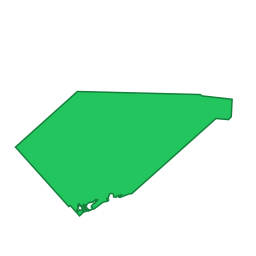 outline of 94, Al Wakrah, Qatar, rotated 48°
{"feature_id": "91078587B61395128667616", "entity_name": "94", "entity_type": "district", "adm_level": 2, "iso_a3": "QAT", "parent_name": "Qatar", "parent_adm1": "Al Wakrah", "projection": "albers", "projection_center": [51.484, 24.925], "detail": "fine", "context": "isolated", "style": "filled", "palette": "green", "viewbox_px": 256, "rotation_deg": 48, "n_neighbors": 0, "source": "geoboundaries", "source_scale": "gbopen_adm2", "svg_char_len": 3411}
<svg xmlns="http://www.w3.org/2000/svg" viewBox="0 0 256 256"><g transform="rotate(48 128 128)"><path d="M176.3,31.4L153.8,51.4L151.8,51.8L151.5,51.9L98.9,107.5L67.0,141.2L66.9,224.4L146.8,224.6L146.8,222.8L160.9,222.8L160.7,216.7L161.0,216.6L161.2,216.4L161.2,215.8L160.9,216.4L160.7,216.4L160.5,216.6L160.4,217.2L160.3,217.6L160.4,218.2L160.1,218.0L160.0,217.7L159.6,217.1L159.0,217.0L158.5,216.7L158.0,216.7L157.8,216.7L157.9,217.2L157.3,217.9L157.3,218.0L157.4,218.3L157.5,218.8L156.3,218.8L156.3,220.1L156.5,220.4L156.6,221.3L156.3,221.3L155.6,220.8L155.3,220.8L155.2,220.9L154.9,220.2L154.7,219.9L154.4,220.1L154.3,219.1L154.1,218.6L153.7,218.6L153.3,218.1L152.3,217.7L152.2,217.4L151.8,216.9L151.5,215.9L151.4,215.1L152.0,215.3L152.1,215.6L152.3,215.8L152.6,217.4L153.1,217.5L153.0,217.4L153.1,215.9L153.4,215.9L153.4,215.6L153.7,215.6L153.6,215.3L153.9,215.3L153.8,215.0L154.2,215.0L154.3,214.7L154.7,214.5L154.7,214.8L155.2,214.8L155.2,215.2L155.5,215.2L156.0,215.6L156.7,215.5L156.7,215.8L157.7,215.7L158.0,216.0L158.3,216.0L158.6,215.8L158.6,215.5L158.9,215.6L159.0,216.0L159.3,216.0L159.2,215.6L159.3,214.5L159.6,214.5L159.6,214.2L159.7,214.3L161.5,214.4L161.4,214.5L161.4,215.2L161.2,215.5L161.6,215.5L161.7,214.9L162.4,213.8L162.7,213.4L162.7,213.1L163.1,213.1L163.1,212.2L162.9,211.7L162.3,211.7L162.3,212.3L162.0,212.2L161.8,212.1L161.6,212.1L161.3,212.3L161.3,212.8L160.7,212.4L160.1,212.3L160.1,212.0L158.3,212.3L158.3,213.1L158.0,213.1L158.2,213.7L157.2,213.7L157.2,212.9L156.9,212.3L156.1,212.5L156.0,213.4L155.5,213.3L155.4,212.6L155.2,211.8L156.1,211.7L156.7,211.4L156.8,211.0L157.1,211.1L158.0,211.0L157.9,210.6L157.5,210.1L157.2,209.6L157.2,208.9L157.3,206.8L157.6,206.7L158.0,206.0L158.0,205.6L158.4,205.6L158.4,205.2L158.9,204.7L159.2,203.6L159.6,203.3L159.6,202.5L159.4,202.2L159.5,200.7L159.8,200.9L160.0,199.5L160.3,199.4L160.6,198.7L161.1,198.7L161.3,199.3L161.5,199.5L161.3,200.6L161.3,201.1L161.4,201.9L161.6,202.3L161.6,202.8L161.3,203.6L161.1,203.8L161.3,205.5L161.6,207.6L162.1,208.1L162.9,208.1L163.2,207.8L163.4,207.8L163.6,208.4L164.0,208.9L164.2,209.3L163.9,209.9L163.9,210.3L163.6,210.7L163.4,212.2L163.5,212.2L163.6,211.7L163.8,211.5L163.9,210.7L164.2,209.8L164.4,209.4L164.6,208.9L164.9,208.5L165.0,208.1L165.3,207.5L165.5,206.7L166.3,197.4L166.6,195.9L166.9,195.4L167.2,194.7L168.2,193.2L168.9,191.3L168.8,191.1L168.3,192.5L168.0,192.0L167.7,191.4L167.1,191.0L167.2,190.5L167.0,191.0L166.6,190.9L166.3,190.8L166.7,190.5L166.8,190.4L167.1,190.4L167.3,190.2L167.0,189.7L166.7,189.2L165.8,187.9L165.5,187.4L165.2,186.3L164.6,186.0L164.8,185.6L165.1,184.7L165.6,184.0L166.6,183.4L167.3,183.2L167.7,183.3L168.4,183.9L168.9,184.2L169.1,184.4L169.3,184.7L169.5,184.8L169.8,184.7L170.1,184.2L170.7,183.7L170.9,183.5L171.1,183.6L171.4,183.3L171.4,183.1L171.4,182.1L171.1,181.0L171.6,180.1L171.8,179.9L172.1,180.0L172.4,180.7L173.4,180.3L173.4,179.8L173.2,179.1L172.9,178.9L172.8,178.1L172.9,177.9L173.6,177.6L173.8,177.5L174.0,177.5L174.4,177.4L174.7,177.5L175.1,177.4L175.0,177.6L174.9,178.0L174.7,178.4L174.7,178.6L174.2,180.0L174.1,180.4L174.3,180.2L175.5,177.2L175.6,176.9L176.0,175.8L176.2,175.3L176.4,174.7L176.8,174.0L176.8,173.7L177.0,173.1L177.3,172.3L177.8,171.3L177.9,171.2L178.2,170.6L178.5,170.0L178.8,169.8L178.9,169.6L179.2,169.2L179.3,169.1L179.6,101.0L179.8,56.3L189.1,47.6L188.7,43.7L176.3,31.4Z" fill="#22c55e" stroke="#15803d" stroke-width="1.5"/></g></svg>